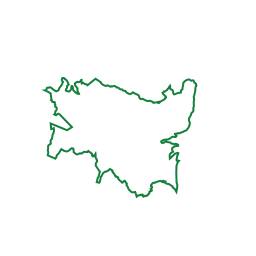 the district of Las Vigas de Ramírez, Veracruz, Mexico, rotated 234°
{"feature_id": "50627088B43841606180493", "entity_name": "Las Vigas de Ramírez", "entity_type": "district", "adm_level": 2, "iso_a3": "MEX", "parent_name": "Mexico", "parent_adm1": "Veracruz", "projection": "orthographic", "projection_center": [-97.091, 19.617], "detail": "fine", "context": "isolated", "style": "outline", "palette": "green", "viewbox_px": 256, "rotation_deg": 234, "n_neighbors": 0, "source": "geoboundaries", "source_scale": "gbopen_adm2", "svg_char_len": 5808}
<svg xmlns="http://www.w3.org/2000/svg" viewBox="0 0 256 256"><g transform="rotate(234 128 128)"><path d="M194.2,118.7L194.4,118.1L193.7,116.7L193.7,116.0L194.1,114.9L194.4,114.5L195.1,114.2L195.3,113.7L195.3,111.2L194.0,110.4L193.3,110.3L189.6,110.4L188.2,109.2L186.4,108.6L185.0,108.6L184.4,108.4L185.2,107.4L187.1,106.9L187.3,106.5L189.7,106.0L191.0,106.0L193.1,107.0L193.7,107.5L194.9,107.4L195.1,107.2L194.9,106.8L194.3,106.4L194.1,105.9L192.9,105.2L192.0,101.9L194.0,100.1L194.6,99.8L195.2,99.9L195.7,100.5L196.4,102.3L197.8,103.4L198.0,105.6L202.1,106.4L203.0,106.3L203.7,106.0L204.8,105.9L205.1,105.5L205.9,105.6L206.7,104.8L207.0,104.2L206.8,103.7L205.9,102.8L204.3,102.3L203.5,102.5L201.8,99.6L200.8,96.3L199.5,94.1L199.4,93.2L199.9,91.4L202.8,90.2L205.7,89.5L206.7,89.0L206.8,88.4L207.2,88.0L207.5,87.0L208.1,86.1L206.9,84.3L206.8,83.8L207.3,82.9L204.8,84.3L201.4,85.8L201.0,85.4L197.2,83.5L196.2,82.7L196.0,82.2L195.8,82.3L195.7,82.7L195.3,82.8L194.6,82.5L193.9,82.1L193.1,82.5L193.0,83.0L192.1,83.5L192.0,83.9L191.8,83.9L190.4,82.8L189.5,82.9L188.3,81.7L188.0,81.6L187.0,82.2L186.2,82.1L185.5,81.8L184.6,80.6L184.0,78.9L182.5,77.4L182.3,76.9L182.3,76.4L180.7,77.2L180.6,78.8L180.8,79.3L180.5,80.1L179.1,80.7L161.7,83.2L162.0,77.4L177.1,68.1L172.3,65.2L171.7,66.7L171.6,67.8L169.6,66.8L167.5,64.5L166.9,63.1L166.2,62.3L165.4,61.7L165.0,61.1L163.9,60.0L163.8,59.2L163.0,57.6L160.7,56.4L160.7,53.4L160.3,52.7L158.5,51.5L157.1,50.0L155.3,49.3L153.0,47.0L145.9,51.2L146.4,52.7L147.8,54.4L148.1,56.9L150.1,61.6L149.1,61.8L147.9,62.7L147.3,62.7L146.0,63.7L144.9,64.8L144.5,66.7L144.5,68.2L144.7,68.7L144.8,70.3L144.5,70.8L144.0,71.0L143.6,71.6L142.4,71.2L140.5,69.9L138.1,70.4L136.9,70.9L136.2,71.9L136.0,72.5L136.0,73.7L135.7,74.4L134.5,75.5L134.7,76.8L134.5,77.9L134.6,78.4L132.3,81.1L132.8,82.0L132.8,82.4L128.3,83.7L127.9,83.6L127.0,82.7L126.3,83.1L125.7,82.9L125.5,83.1L125.3,83.4L125.7,84.4L125.8,85.4L126.3,86.6L125.7,86.3L124.1,85.0L123.1,84.5L122.2,84.2L120.9,84.2L119.2,83.5L118.5,81.6L117.6,80.5L116.3,79.8L110.2,79.5L109.3,79.7L106.0,75.7L105.1,73.7L103.2,71.7L102.9,71.6L102.5,70.9L100.6,72.6L101.2,73.7L102.5,75.3L104.5,77.4L104.6,78.3L106.0,81.0L106.2,82.1L106.1,83.9L105.4,85.0L105.4,86.7L105.1,87.3L105.5,89.0L104.7,89.7L102.7,90.4L102.3,89.8L101.9,89.8L101.7,90.0L100.7,89.6L100.4,89.8L99.1,89.9L97.7,89.8L97.4,89.5L96.8,89.6L96.3,89.5L95.9,90.0L95.4,89.7L95.0,90.3L94.1,90.9L93.6,90.9L93.4,90.5L92.8,90.3L90.7,90.4L89.6,90.8L87.2,91.1L87.1,91.8L87.5,93.3L87.2,94.4L85.9,94.1L85.3,94.4L84.2,94.2L83.8,93.9L83.4,94.2L82.4,93.1L80.0,93.1L79.5,92.8L77.6,92.5L73.8,93.3L73.2,93.9L72.0,96.2L67.3,94.7L67.3,95.7L67.5,96.7L66.7,97.8L66.7,98.8L65.9,99.4L65.8,100.5L65.4,100.7L63.9,99.9L63.5,100.0L63.3,100.8L63.4,101.5L62.8,102.5L62.4,102.5L62.1,103.6L62.3,104.4L62.1,104.7L62.5,105.5L62.4,106.3L62.6,106.4L62.7,106.9L64.0,108.0L63.9,108.8L63.5,108.9L63.3,109.8L63.3,110.4L63.5,110.6L64.1,110.8L64.5,110.5L65.6,110.7L65.5,111.4L65.6,112.2L65.9,112.6L66.3,112.9L67.6,112.5L68.2,113.0L68.5,114.0L68.9,115.7L68.7,116.6L68.1,117.1L67.8,118.0L67.8,118.9L66.4,122.7L66.1,123.3L64.5,123.8L63.9,124.3L64.8,124.5L64.4,125.7L64.0,125.6L62.7,126.8L62.2,125.7L59.7,126.9L59.3,127.6L58.2,128.3L54.5,129.7L54.0,129.6L53.6,129.3L51.2,129.9L50.5,130.2L50.2,130.2L49.8,129.8L47.9,129.6L50.3,132.2L52.7,134.3L55.6,135.4L63.2,140.6L68.0,144.3L69.2,145.3L71.1,148.2L71.5,149.9L72.5,149.0L72.9,148.3L73.7,148.5L75.6,150.6L76.7,151.6L77.2,152.8L78.1,153.9L78.7,153.6L79.4,151.6L79.6,150.4L79.2,148.2L79.2,147.0L78.9,146.0L78.7,143.9L81.5,145.7L82.1,146.5L82.4,147.3L82.5,149.3L82.3,150.5L84.9,151.0L85.8,152.3L85.9,153.4L85.6,155.3L84.1,158.1L84.7,158.6L86.2,158.1L87.3,157.3L87.7,155.7L89.0,155.0L90.0,153.9L91.1,153.8L91.8,153.4L92.9,152.1L93.9,151.3L94.4,151.2L94.9,150.4L95.0,149.5L94.9,148.8L95.1,148.6L95.3,147.6L95.9,146.8L96.2,146.7L97.4,146.7L97.7,147.4L97.5,149.6L97.2,150.3L95.2,153.8L94.9,155.3L94.9,158.5L94.4,159.4L93.6,160.1L92.8,161.1L92.7,161.5L93.1,162.7L93.3,162.7L93.7,162.4L95.4,162.3L95.7,162.5L94.7,164.3L94.5,165.5L93.7,165.9L93.3,167.1L93.3,167.9L92.5,170.1L92.4,171.7L91.9,173.7L91.9,174.2L92.5,176.5L93.5,178.6L95.6,181.0L98.1,181.7L99.7,182.7L101.5,186.4L102.7,188.0L103.1,190.4L103.8,191.4L105.3,192.1L107.1,194.3L108.8,195.3L110.8,196.8L112.6,198.6L114.2,199.2L118.7,204.5L120.3,205.6L121.0,206.3L122.3,208.4L122.9,208.4L123.9,209.0L125.8,208.4L127.8,208.9L128.2,208.7L128.7,208.2L129.0,207.0L131.3,206.0L131.9,205.1L132.3,203.9L132.5,201.4L132.1,199.6L128.9,196.2L127.2,194.6L127.3,193.4L127.2,192.9L125.6,191.6L127.0,188.8L128.0,185.1L128.9,185.0L129.6,185.1L132.1,186.3L133.4,186.0L134.2,185.2L134.5,185.2L135.6,185.6L136.7,186.5L137.1,186.5L137.4,186.7L137.3,186.0L136.3,183.9L136.3,183.2L135.8,182.0L135.9,181.4L135.8,179.2L136.0,178.8L136.4,178.6L136.0,177.0L136.1,176.7L134.5,176.4L133.7,176.7L132.8,176.7L131.5,177.1L130.8,177.0L130.3,176.7L130.2,176.2L130.3,175.3L129.8,175.0L129.7,174.5L130.0,173.0L130.1,170.5L130.5,169.5L130.3,169.5L130.3,168.8L130.1,168.6L130.0,167.9L130.7,167.1L131.4,167.6L132.0,166.1L132.5,165.5L132.8,164.2L133.7,163.3L134.1,163.6L134.5,163.5L135.6,162.6L136.7,162.1L137.6,161.2L137.7,160.5L138.1,159.9L140.0,158.4L143.0,157.0L143.7,155.5L144.2,155.1L145.9,155.0L146.6,155.2L147.0,155.6L147.7,155.7L148.4,155.7L149.1,155.4L152.9,153.3L153.9,153.0L153.9,150.0L155.3,148.8L156.7,148.0L157.7,147.7L159.6,147.6L161.0,146.2L161.5,146.0L162.3,146.1L164.0,144.4L166.0,143.9L167.1,143.3L167.6,142.5L168.4,142.5L170.0,141.8L170.3,141.3L170.9,139.5L171.6,139.1L171.6,138.2L171.8,138.0L174.2,136.9L174.9,135.4L174.8,135.0L176.4,133.8L177.3,133.3L179.6,132.6L180.3,132.6L180.9,132.9L186.9,130.7L186.4,120.3L187.9,120.1L188.5,119.2L190.1,118.4L190.9,118.3L191.2,116.8L192.7,117.4L193.6,118.3L194.2,118.7Z" fill="none" stroke="#15803d" stroke-width="2"/></g></svg>